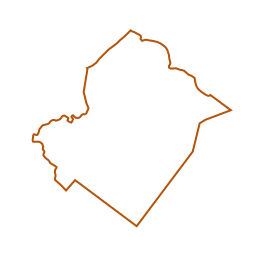 Oshikoto, orthographic projection, rotated 127°
{"feature_id": "NAM-3355", "entity_name": "Oshikoto", "entity_type": "Region", "adm_level": 1, "iso_a3": "NAM", "parent_name": "Namibia", "parent_adm1": "", "projection": "orthographic", "projection_center": [17.144, -18.609], "detail": "fine", "context": "isolated", "style": "outline", "palette": "amber", "viewbox_px": 256, "rotation_deg": 127, "n_neighbors": 0, "source": "natural_earth", "source_scale": "10m", "svg_char_len": 2155}
<svg xmlns="http://www.w3.org/2000/svg" viewBox="0 0 256 256"><g transform="rotate(127 128 128)"><path d="M104.8,196.8L103.9,196.2L99.5,193.9L94.8,192.6L90.3,192.6L76.6,190.6L66.7,187.7L62.5,187.2L57.3,185.9L48.4,184.6L48.4,182.8L47.7,181.0L46.8,175.4L46.7,173.2L47.8,172.3L49.3,171.6L49.9,169.2L47.5,167.6L46.2,166.0L45.4,164.0L44.0,161.6L41.6,156.3L41.3,154.2L40.9,153.2L40.8,148.3L41.1,145.8L42.2,143.3L44.9,139.5L48.2,136.2L50.5,133.3L52.0,132.7L53.6,132.7L55.1,131.5L54.7,129.4L51.4,125.5L50.2,121.5L49.2,119.6L48.5,117.6L49.0,111.9L48.1,108.5L48.0,105.0L49.0,103.7L50.3,102.8L53.6,98.1L54.5,96.0L55.0,91.4L54.6,85.1L54.1,83.5L53.1,82.3L52.1,82.2L51.9,56.6L75.0,71.2L81.1,73.6L107.9,62.1L201.2,62.0L201.5,138.9L215.2,139.9L214.0,146.6L213.4,154.8L212.6,155.7L210.4,156.8L209.1,157.6L207.2,159.9L205.9,160.7L204.6,161.1L203.6,161.1L202.7,161.2L202.2,161.5L202.1,162.3L202.7,167.7L202.7,168.7L202.6,169.8L202.0,170.4L201.8,171.3L201.6,172.3L201.6,175.1L201.3,177.4L200.9,178.8L200.4,179.4L199.7,179.8L198.8,179.9L197.8,180.2L197.1,180.6L196.8,181.4L196.6,182.4L196.4,183.2L193.7,184.6L193.2,185.6L192.9,186.1L192.4,186.7L192.2,188.4L192.2,189.4L192.4,190.4L193.0,191.5L195.6,194.8L196.0,195.7L195.5,196.4L194.7,197.1L191.3,199.0L190.4,199.4L189.7,199.4L189.3,198.8L188.9,197.4L188.5,196.8L188.1,196.3L187.2,196.3L185.3,196.7L183.0,197.7L182.0,198.0L177.4,197.8L177.0,197.6L176.6,197.4L174.0,195.1L172.8,194.3L171.5,193.8L169.7,194.0L168.6,193.7L167.6,193.3L166.3,192.2L165.8,191.6L165.7,190.3L165.4,189.9L165.0,189.5L162.4,187.9L161.5,187.6L160.5,187.4L158.9,187.7L157.9,187.4L157.1,187.0L156.5,186.5L156.3,186.1L156.2,185.4L156.0,182.2L156.1,181.6L156.5,181.3L157.8,181.1L158.4,180.9L158.5,180.3L158.5,179.6L158.1,177.2L157.9,176.6L157.5,176.5L155.9,176.7L154.0,177.3L153.7,177.7L153.5,178.4L153.5,179.1L153.3,179.7L152.9,180.0L152.3,180.0L151.6,180.0L151.1,179.7L151.0,179.2L151.3,176.9L151.3,176.2L151.1,175.6L150.1,174.0L149.2,173.3L147.9,172.8L145.4,172.9L144.4,172.4L143.7,171.8L143.3,170.9L142.4,170.4L141.4,170.1L136.0,171.4L133.0,176.4L125.9,185.1L105.8,195.6L105.2,196.1L104.8,196.8Z" fill="none" stroke="#b45309" stroke-width="2"/></g></svg>